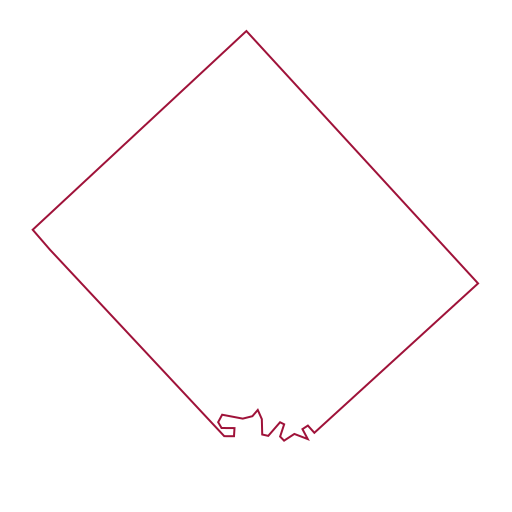 the district of Concho, Texas, United States of America, rotated 137°
{"feature_id": "52423323B74717321160891", "entity_name": "Concho", "entity_type": "district", "adm_level": 2, "iso_a3": "USA", "parent_name": "United States of America", "parent_adm1": "Texas", "projection": "natural_earth1", "projection_center": [-99.711, 31.334], "detail": "fine", "context": "isolated", "style": "outline", "palette": "rose", "viewbox_px": 512, "rotation_deg": 137, "n_neighbors": 0, "source": "geoboundaries", "source_scale": "gbopen_adm2", "svg_char_len": 471}
<svg xmlns="http://www.w3.org/2000/svg" viewBox="0 0 512 512"><g transform="rotate(137 256 256)"><path d="M112.3,84.5L109.6,427.1L401.4,427.5L402.4,401.2L402.1,145.9L395.0,139.2L389.1,144.8L398.5,153.7L397.0,160.3L389.0,163.0L376.6,146.1L367.9,141.3L359.7,142.2L363.0,132.7L373.2,121.2L369.7,116.1L351.8,118.0L350.2,113.7L361.5,107.5L361.4,101.8L349.3,99.7L343.0,86.8L340.1,97.7L333.7,96.6L333.9,86.9L112.3,84.5Z" fill="none" stroke="#9f1239" stroke-width="2"/></g></svg>